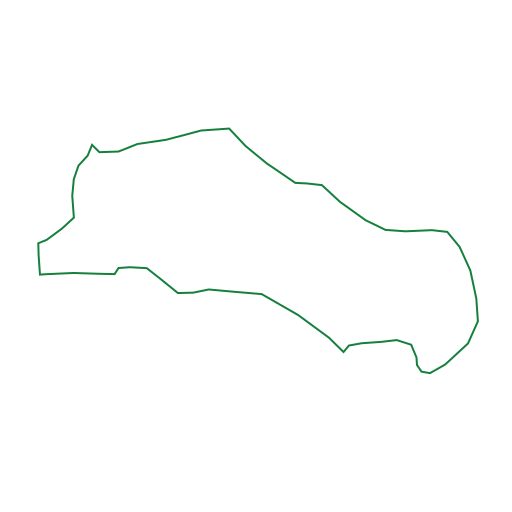 the Statistical Region of Karbinci, rotated 176°
{"feature_id": "MKD-2934", "entity_name": "Karbinci", "entity_type": "Statistical Region", "adm_level": 1, "iso_a3": "MKD", "parent_name": "North Macedonia", "parent_adm1": "", "projection": "robinson", "projection_center": [22.284, 41.787], "detail": "fine", "context": "isolated", "style": "outline", "palette": "green", "viewbox_px": 512, "rotation_deg": 176, "n_neighbors": 0, "source": "natural_earth", "source_scale": "10m", "svg_char_len": 886}
<svg xmlns="http://www.w3.org/2000/svg" viewBox="0 0 512 512"><g transform="rotate(176 256 256)"><path d="M90.6,127.0L99.0,129.1L103.0,136.0L103.0,143.6L107.4,156.7L121.5,162.3L137.3,161.6L156.6,161.6L169.6,160.2L175.4,154.1L188.7,169.2L218.0,194.1L253.0,217.6L280.1,221.8L305.5,225.9L321.2,223.8L336.5,224.5L352.8,239.7L365.8,251.5L382.7,253.6L394.0,253.6L398.3,247.8L412.7,249.1L439.3,251.8L467.0,252.5L472.8,252.5L472.8,271.9L472.3,283.9L463.7,286.7L447.8,296.8L435.0,307.0L435.1,328.8L432.4,345.3L426.8,358.5L416.9,367.9L411.8,378.3L405.0,370.5L385.9,369.8L366.4,376.0L337.6,378.2L302.0,385.0L273.9,385.0L258.7,366.4L238.9,347.7L211.7,326.2L200.0,324.8L185.3,322.1L168.4,304.1L144.1,284.0L125.0,273.0L105.2,270.2L78.7,269.5L63.5,266.7L52.2,250.8L43.2,226.6L39.2,198.2L39.2,175.4L50.6,154.0L71.9,136.9L74.8,134.6L90.6,127.0Z" fill="none" stroke="#15803d" stroke-width="2"/></g></svg>